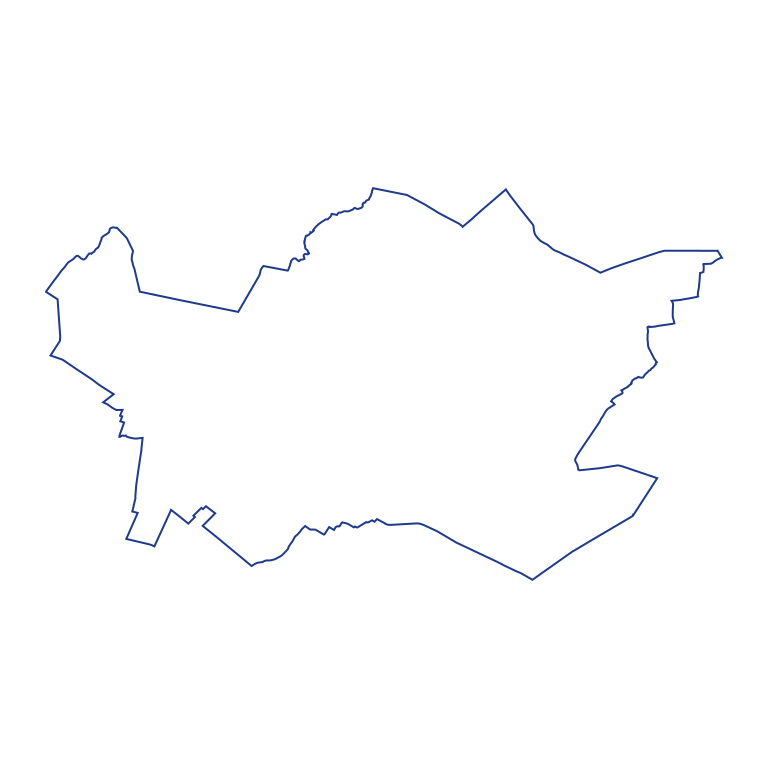 Giarmata, Timis, Romania (Natural Earth projection)
{"feature_id": "2599482B59348801816011", "entity_name": "Giarmata", "entity_type": "district", "adm_level": 2, "iso_a3": "ROU", "parent_name": "Romania", "parent_adm1": "Timis", "projection": "natural_earth1", "projection_center": [21.324, 45.849], "detail": "fine", "context": "isolated", "style": "outline", "palette": "blue", "viewbox_px": 768, "rotation_deg": 0, "n_neighbors": 0, "source": "geoboundaries", "source_scale": "gbopen_adm2", "svg_char_len": 6088}
<svg xmlns="http://www.w3.org/2000/svg" viewBox="0 0 768 768"><path d="M497.7,562.1L504.0,565.4L515.9,571.1L521.2,573.3L532.4,579.8L572.9,551.2L574.0,550.7L590.6,540.8L632.7,516.0L633.1,514.8L633.4,515.0L657.2,478.2L622.8,466.5L619.8,465.7L618.0,465.4L617.5,465.4L599.7,468.2L579.3,470.3L578.1,469.4L578.2,468.6L577.3,464.8L575.2,460.9L575.2,459.1L576.8,455.9L578.7,452.8L599.6,421.9L601.0,418.8L602.7,416.5L605.2,412.1L606.9,409.8L608.0,408.7L611.6,406.3L614.6,404.5L614.0,403.7L612.7,402.5L611.1,401.3L612.0,400.2L612.3,399.5L612.7,399.1L616.4,396.4L616.6,396.4L617.9,395.6L618.8,395.4L620.4,394.3L621.9,393.7L622.5,392.9L622.6,392.5L622.5,392.1L621.9,391.3L622.0,390.3L621.8,390.2L623.5,389.4L624.3,388.6L625.5,388.2L626.6,387.5L627.6,387.0L628.0,386.3L628.8,385.9L630.0,384.6L631.2,384.1L631.5,383.6L631.1,383.0L631.1,382.8L631.6,382.5L631.8,382.2L632.0,381.3L632.4,380.4L635.3,378.4L635.9,378.4L636.4,377.9L637.6,377.6L638.2,376.9L638.6,376.9L639.4,377.3L641.4,377.7L642.5,377.6L643.3,377.2L644.4,375.3L645.3,374.2L648.0,371.8L648.7,370.8L649.5,370.4L649.9,370.4L650.2,370.2L651.3,368.8L652.0,368.1L653.1,367.5L654.7,365.5L655.8,364.5L655.6,363.8L655.7,363.4L656.0,363.0L656.7,362.6L656.9,362.4L656.8,362.2L655.9,361.3L655.9,361.1L655.5,360.4L654.1,358.5L648.6,347.7L648.1,346.0L647.8,341.8L647.5,339.2L647.6,336.2L647.6,333.9L648.0,332.3L648.0,330.6L647.7,329.4L647.6,328.1L647.5,327.4L647.8,326.9L648.1,326.7L648.9,326.6L649.8,326.7L649.8,327.0L655.0,326.6L658.2,325.9L672.1,323.9L674.4,323.3L673.9,321.1L672.9,317.6L672.7,315.6L672.8,309.3L672.9,309.0L672.9,307.7L673.1,305.3L673.0,303.9L672.5,302.3L671.6,300.8L680.9,299.9L682.8,299.4L688.7,298.5L696.9,296.9L698.1,296.4L697.9,296.0L697.8,295.3L698.0,292.0L698.8,288.1L699.5,281.1L699.6,280.2L700.0,273.9L700.1,273.0L702.1,272.5L703.4,271.9L703.7,269.0L703.7,266.1L703.3,264.2L703.6,264.0L709.6,263.8L711.3,263.6L713.0,262.6L714.6,261.2L716.9,259.7L719.9,258.3L720.6,257.8L721.9,257.8L717.5,250.6L716.7,250.8L665.7,250.7L663.7,250.9L660.0,251.9L659.4,252.0L640.0,258.5L624.5,263.6L611.5,268.2L600.4,272.7L585.9,264.8L569.2,256.9L564.1,254.7L559.2,252.2L554.6,250.4L552.5,249.0L547.2,244.5L544.1,243.0L540.5,240.9L538.2,238.6L536.5,236.6L535.2,234.6L534.5,232.9L533.9,230.4L533.5,225.9L532.7,224.4L520.5,209.1L511.1,196.9L507.2,191.5L505.9,189.4L480.6,211.1L471.3,219.5L462.6,226.8L462.1,226.1L459.9,224.3L458.5,223.4L439.4,213.4L424.7,204.4L407.0,195.0L373.1,188.2L372.7,188.8L372.6,189.8L371.9,191.2L371.8,192.7L371.6,193.3L371.3,193.7L371.1,194.9L370.8,195.3L370.3,196.8L369.4,198.0L369.0,199.5L366.3,200.6L365.3,202.2L364.7,202.8L364.3,202.9L363.6,202.7L363.4,202.8L362.6,204.4L362.8,206.0L362.7,206.3L361.6,207.7L357.9,209.0L357.3,209.0L354.7,207.9L354.4,208.0L353.5,208.7L353.2,209.2L352.6,209.6L351.9,209.8L350.3,210.6L348.8,211.2L347.7,211.4L344.7,211.2L343.6,211.4L340.9,212.6L339.2,212.6L338.1,213.2L337.3,214.4L337.0,214.9L334.5,214.4L331.6,213.9L331.4,214.9L331.0,215.9L330.5,216.6L328.1,219.0L327.6,219.3L327.2,219.4L326.6,219.4L326.0,219.3L325.1,219.8L321.4,222.1L318.8,224.0L315.8,226.8L314.4,228.5L313.2,230.1L313.8,230.6L313.7,230.8L311.2,232.8L310.4,232.3L310.3,233.2L308.9,234.7L307.1,235.7L306.6,235.5L305.9,236.0L305.0,238.9L304.7,240.7L304.6,241.1L304.3,241.3L304.7,242.1L304.3,242.9L304.3,243.3L305.2,246.1L305.1,247.3L305.3,248.2L305.8,248.9L307.5,250.5L307.8,251.0L307.9,251.8L308.7,252.6L308.9,253.1L309.0,253.4L308.3,254.1L307.6,254.3L307.4,254.1L307.0,254.2L305.8,254.0L304.8,254.2L304.0,254.7L303.6,255.6L303.6,256.1L303.7,256.5L304.2,257.3L304.4,258.9L303.0,259.4L300.8,259.7L300.1,260.1L299.5,260.8L298.8,261.2L298.3,260.9L296.0,258.8L295.1,258.4L293.7,258.5L293.2,258.8L291.6,260.3L291.1,261.2L290.9,262.5L290.2,263.9L289.8,266.1L289.1,267.5L288.1,270.3L287.7,270.6L263.4,266.0L262.1,267.6L260.8,269.6L259.7,274.5L258.5,276.9L238.2,311.9L180.8,300.3L139.8,291.7L134.3,268.4L133.0,265.1L132.5,262.3L131.7,259.9L131.8,257.1L132.3,253.9L132.9,252.1L133.0,251.2L132.8,250.5L128.6,241.8L126.9,238.3L125.7,236.9L116.9,227.7L116.0,227.8L113.2,227.4L112.7,227.4L111.5,227.8L110.3,228.4L109.8,229.1L109.4,231.2L108.9,232.5L105.7,234.7L103.5,236.0L101.5,238.0L101.5,238.5L101.6,238.9L101.4,239.6L100.6,241.5L99.0,245.9L98.2,247.4L96.0,249.0L93.8,252.1L92.4,252.6L91.4,253.8L90.7,253.5L89.8,253.4L89.2,253.6L88.1,254.8L85.7,258.4L83.8,259.5L83.0,259.4L80.6,258.1L79.4,256.9L79.0,256.7L78.1,255.9L77.0,255.8L76.2,256.2L75.6,256.7L73.4,259.0L68.3,262.4L67.1,263.7L64.4,267.4L61.9,270.1L55.9,278.2L54.3,280.2L46.3,291.2L46.1,291.9L57.6,299.3L60.2,336.3L59.9,340.9L50.5,355.5L62.1,359.5L63.0,360.0L65.3,361.5L77.0,369.5L91.7,379.2L97.7,383.8L101.3,386.3L113.7,394.2L103.2,402.3L107.7,404.5L112.6,408.0L116.3,410.0L122.5,409.9L120.1,415.4L120.1,415.9L122.2,416.4L120.3,421.3L124.1,422.5L119.5,435.5L119.4,436.9L120.0,436.9L122.3,435.5L122.8,435.5L124.1,435.9L125.6,435.5L125.9,435.5L126.2,436.1L126.8,436.7L127.5,436.9L130.8,437.9L134.3,438.5L136.2,438.6L139.6,438.2L142.6,437.9L141.4,449.2L141.5,449.5L138.3,470.4L136.2,485.4L135.3,497.0L135.5,497.6L135.4,498.5L132.3,511.5L137.7,512.9L126.3,538.9L148.7,544.2L151.4,545.0L154.4,546.4L171.1,509.9L180.2,517.0L188.3,523.6L194.9,517.0L193.4,515.7L201.4,507.9L203.1,509.1L205.9,506.2L215.2,513.3L202.7,525.9L217.0,537.4L251.6,566.0L255.3,563.7L257.7,562.7L262.3,562.1L264.6,560.9L266.1,560.5L270.5,560.4L274.7,559.3L277.3,558.0L278.9,557.1L280.6,556.2L282.3,555.0L284.5,552.8L288.1,548.8L288.4,547.5L289.0,546.2L291.2,543.0L292.4,541.4L295.1,536.5L297.2,534.8L299.9,531.9L301.6,529.4L305.2,526.0L310.0,529.5L315.2,529.6L317.0,530.5L323.9,534.6L324.6,534.2L329.1,527.1L334.0,530.0L334.7,528.7L335.1,528.3L335.4,527.4L335.7,527.1L337.8,526.1L338.9,526.5L339.5,526.3L341.8,522.7L342.1,522.5L342.4,522.4L342.7,522.7L344.2,522.8L347.8,523.8L353.9,527.4L355.0,526.5L357.0,527.5L357.6,527.4L358.9,526.6L366.1,522.1L366.8,522.5L368.5,522.2L372.1,520.3L374.5,521.7L377.0,519.1L385.4,523.6L385.4,523.8L387.3,524.6L388.5,524.8L390.6,524.9L416.6,523.4L417.9,523.4L420.7,523.9L424.1,525.2L436.9,531.1L456.2,542.5L497.7,562.1Z" fill="none" stroke="#1e3a8a" stroke-width="2"/></svg>